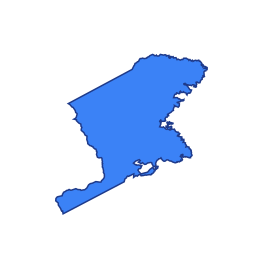 Besiko, Ngöbe Buglé, Panama (Robinson projection), rotated 242°
{"feature_id": "35544464B66777465067959", "entity_name": "Besiko", "entity_type": "district", "adm_level": 2, "iso_a3": "PAN", "parent_name": "Panama", "parent_adm1": "Ngöbe Buglé", "projection": "robinson", "projection_center": [-82.066, 8.549], "detail": "fine", "context": "isolated", "style": "filled", "palette": "blue", "viewbox_px": 256, "rotation_deg": 242, "n_neighbors": 0, "source": "geoboundaries", "source_scale": "gbopen_adm2", "svg_char_len": 5899}
<svg xmlns="http://www.w3.org/2000/svg" viewBox="0 0 256 256"><g transform="rotate(242 128 128)"><path d="M73.9,160.0L74.4,161.2L77.5,161.5L78.0,161.4L78.3,160.3L78.8,162.4L79.2,162.3L79.2,163.5L78.9,164.0L78.4,163.9L77.0,162.6L76.2,163.2L76.0,164.8L75.5,165.0L75.6,165.6L72.8,168.3L72.4,169.3L73.3,169.8L73.4,171.0L73.9,171.8L75.6,171.8L76.4,172.5L77.5,172.6L77.8,173.0L78.6,172.9L78.8,173.3L80.4,173.0L80.9,172.4L82.5,172.9L83.9,171.4L84.1,170.3L85.2,171.4L87.1,171.1L87.9,171.7L88.9,170.9L89.2,170.9L89.5,170.0L90.9,171.7L91.6,171.9L91.6,171.1L92.2,171.1L91.8,170.6L92.3,169.4L92.7,169.8L93.8,170.0L94.0,170.9L94.7,170.6L95.0,171.1L96.5,169.0L97.8,167.9L98.4,168.8L98.2,169.6L97.8,169.7L98.7,171.1L100.4,170.2L101.0,170.2L100.9,169.6L102.7,168.4L105.1,168.4L105.0,168.0L106.0,167.0L106.3,166.1L106.5,164.1L107.2,163.6L107.0,164.4L107.3,164.7L107.2,165.4L107.5,165.3L107.7,166.6L108.5,167.2L109.3,167.0L109.3,165.3L109.9,164.5L109.7,164.0L109.9,163.8L111.0,164.0L111.8,165.1L111.9,166.9L110.8,168.7L110.7,169.7L111.1,170.0L112.8,168.3L113.2,167.6L114.0,167.5L113.9,166.5L114.8,165.5L114.8,165.1L114.3,164.8L113.6,166.2L112.6,164.6L112.2,164.6L111.9,165.0L111.7,164.5L110.8,163.7L111.5,163.3L111.8,162.4L110.7,162.0L110.4,162.6L109.6,163.0L108.6,162.4L108.5,161.7L109.2,161.0L112.4,159.8L112.4,158.6L114.2,156.5L116.2,159.0L116.8,158.9L117.3,159.7L118.7,159.0L119.1,159.1L119.7,160.7L119.4,160.8L118.7,160.4L118.2,160.6L116.8,163.4L116.7,164.2L117.0,164.7L117.6,164.5L118.1,165.0L118.8,165.0L119.7,166.6L119.7,166.9L119.2,167.6L119.9,168.7L119.8,169.7L120.4,169.8L120.9,169.0L121.5,169.3L121.7,173.5L122.2,174.8L122.2,176.4L123.2,176.7L124.6,178.1L125.3,179.4L126.1,179.6L125.7,179.9L124.9,179.7L124.4,180.8L122.8,182.1L123.4,183.6L125.3,184.8L126.3,184.5L127.1,183.5L127.5,183.5L127.2,185.3L126.8,186.2L126.9,187.6L126.1,189.3L126.2,190.3L126.8,190.6L126.6,190.1L127.0,189.9L127.1,189.4L126.8,189.2L127.1,188.9L127.6,188.9L127.8,187.8L128.7,187.3L129.3,187.4L129.9,186.8L130.0,186.3L131.7,185.8L133.4,182.5L135.7,185.0L135.3,186.6L136.1,187.2L136.2,187.6L134.7,188.6L134.1,189.7L134.5,190.4L135.4,190.4L135.9,191.6L134.2,192.0L133.7,193.2L134.0,194.0L132.9,194.3L132.7,194.8L131.1,195.9L130.4,195.4L129.5,195.6L130.2,196.2L130.4,197.2L130.4,198.3L129.7,198.9L130.1,200.0L131.7,201.9L132.8,200.6L137.0,200.2L138.8,199.4L139.9,198.0L140.5,197.9L140.9,198.2L140.6,199.3L140.3,199.2L138.0,200.9L137.9,201.4L137.0,202.0L136.7,203.1L135.6,203.8L135.9,205.3L135.4,206.1L135.0,206.5L134.5,206.2L134.2,207.0L133.8,207.1L133.5,205.6L132.2,207.0L132.4,207.8L134.1,208.6L134.5,209.4L136.0,209.3L136.4,209.6L136.2,210.6L134.6,211.6L134.2,212.8L136.0,214.6L136.2,216.4L137.7,217.1L137.6,219.1L138.4,218.5L138.9,218.6L139.0,219.0L138.4,219.8L141.8,221.3L142.4,222.5L141.9,223.4L142.5,224.1L142.4,225.2L143.7,226.0L144.7,223.8L144.9,225.8L146.1,225.0L146.4,224.3L146.8,224.2L146.6,223.3L146.8,222.8L148.3,224.0L149.4,223.6L148.3,222.9L148.3,222.6L148.8,222.3L149.5,222.4L150.2,223.2L151.0,223.5L153.2,223.0L153.4,222.3L154.6,222.4L154.8,222.1L155.0,220.3L156.0,219.7L156.4,218.0L156.3,216.7L157.6,216.7L157.4,215.3L159.4,214.8L159.1,213.5L160.3,213.5L160.8,212.9L162.2,212.3L163.5,209.8L162.7,208.5L163.4,207.4L163.3,206.2L164.4,205.2L165.3,204.6L165.3,203.4L167.6,203.4L168.5,201.1L169.4,201.4L169.9,201.3L169.9,200.0L170.8,199.7L171.2,199.1L169.9,198.2L170.2,197.4L171.0,197.1L172.0,198.1L172.9,198.2L172.8,197.3L173.5,196.7L173.6,195.7L174.4,195.9L175.3,195.2L175.6,193.7L177.8,191.1L177.1,189.3L177.5,188.1L178.3,187.3L179.0,187.3L178.8,186.5L179.5,185.2L180.2,185.2L181.4,184.3L181.6,181.5L181.5,180.7L181.1,180.2L181.4,179.0L181.1,178.2L181.3,177.7L180.9,177.2L181.6,175.0L182.9,173.6L183.1,172.2L183.6,171.4L183.3,170.5L181.8,168.5L182.1,167.5L181.6,166.1L181.7,164.5L180.5,163.3L180.2,162.5L177.8,159.2L177.6,86.7L176.0,87.7L172.8,88.4L172.0,89.2L168.1,89.6L166.3,89.1L164.7,89.8L164.2,89.6L161.6,87.2L161.2,85.7L161.2,84.4L159.5,86.4L158.7,85.9L156.7,86.5L155.2,87.0L153.7,88.2L151.4,87.3L150.3,87.6L148.9,86.1L147.8,85.6L144.6,86.9L141.8,86.8L140.1,88.0L137.1,86.2L134.6,85.8L133.0,85.1L130.2,86.2L129.6,87.1L128.8,87.4L128.0,88.3L127.2,88.1L125.0,88.9L124.5,89.7L122.6,89.5L122.0,89.1L121.3,89.4L119.5,87.8L116.5,87.3L115.2,88.4L114.4,90.5L114.0,90.7L112.9,90.6L112.1,90.1L110.4,89.7L109.2,88.7L108.4,88.9L107.8,88.1L106.4,87.7L105.7,87.0L104.9,87.2L101.6,86.3L100.3,85.4L98.5,85.5L95.9,84.2L95.1,83.3L94.2,81.3L94.0,80.0L93.0,78.9L93.3,77.9L95.8,74.4L96.0,70.6L96.6,68.6L96.3,66.5L94.3,63.4L93.8,60.7L94.2,59.9L95.0,57.2L95.9,57.0L97.3,54.7L98.9,53.5L99.7,48.7L100.2,47.8L101.0,47.6L101.4,47.0L101.2,46.2L101.7,44.3L101.4,43.1L101.5,40.9L100.7,40.0L100.3,39.1L99.1,38.1L100.3,33.7L100.3,32.8L99.6,31.3L97.6,30.0L94.5,31.2L92.7,30.3L88.6,30.7L86.3,30.4L85.6,30.5L85.4,31.3L82.7,30.4L82.3,99.4L84.4,101.2L84.8,103.4L85.3,103.8L85.8,104.9L84.9,106.0L85.2,106.9L84.8,108.0L85.0,109.1L84.8,111.6L81.8,109.8L82.3,112.7L81.1,113.5L81.6,115.5L81.2,117.0L79.7,117.1L78.7,119.6L78.5,121.1L77.9,121.7L76.9,124.8L75.9,126.2L76.1,127.4L76.5,127.4L76.4,129.0L76.7,130.0L77.6,130.8L77.5,131.8L78.5,132.5L78.3,133.2L78.7,135.5L79.5,135.8L79.7,136.4L80.2,136.4L80.5,135.2L80.4,133.7L79.4,133.6L79.1,133.1L79.4,131.5L81.7,131.2L81.1,127.8L79.8,124.6L81.4,117.9L83.9,117.2L86.2,117.0L86.9,118.5L86.4,119.7L86.5,120.3L88.2,122.4L88.5,121.3L89.8,120.7L90.6,119.6L91.0,118.3L91.7,118.1L92.0,117.4L94.4,116.3L95.2,119.2L94.8,123.1L93.4,123.5L93.0,121.1L91.5,122.2L90.3,122.5L90.6,124.6L88.9,125.1L88.0,125.7L87.6,126.9L87.9,128.8L87.0,131.7L86.3,132.6L84.5,132.3L81.7,132.6L81.6,135.0L84.0,135.9L85.8,138.3L85.9,139.6L86.4,140.7L85.8,141.9L86.2,143.1L84.0,143.2L82.7,143.6L81.7,144.2L81.3,145.6L81.7,147.0L81.1,148.3L79.4,149.3L78.2,150.9L77.2,151.3L75.1,153.3L74.7,155.1L75.1,155.4L74.7,155.7L74.9,156.5L74.0,157.3L74.2,157.9L74.0,158.5L74.8,159.5L73.9,160.0Z" fill="#3b82f6" stroke="#1e3a8a" stroke-width="1.5"/></g></svg>